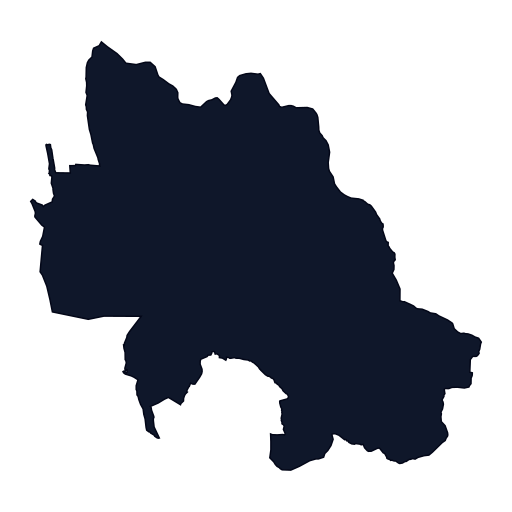 the district of Barcani, Covasna, Romania
{"feature_id": "2599482B23843789943329", "entity_name": "Barcani", "entity_type": "district", "adm_level": 2, "iso_a3": "ROU", "parent_name": "Romania", "parent_adm1": "Covasna", "projection": "albers", "projection_center": [26.11, 45.703], "detail": "fine", "context": "isolated", "style": "filled", "palette": "ink", "viewbox_px": 512, "rotation_deg": 0, "n_neighbors": 0, "source": "geoboundaries", "source_scale": "gbopen_adm2", "svg_char_len": 5988}
<svg xmlns="http://www.w3.org/2000/svg" viewBox="0 0 512 512"><path d="M145.1,418.9L146.1,427.6L146.7,430.2L149.0,431.9L150.2,432.1L150.6,433.0L154.1,435.1L154.7,436.2L157.0,437.8L158.3,438.2L159.3,438.0L154.1,427.0L153.4,421.0L153.3,418.7L153.9,417.5L153.8,416.4L151.5,410.1L151.2,407.8L150.4,406.4L158.2,403.0L164.6,399.1L168.4,397.4L180.5,404.7L180.8,403.6L183.5,401.0L183.6,398.3L184.5,395.6L185.4,394.0L187.3,392.1L186.7,391.8L187.0,390.2L189.0,386.4L189.3,386.4L190.5,383.2L192.9,384.1L194.9,384.1L199.6,377.3L201.6,373.8L202.1,371.6L202.0,369.2L200.1,364.1L200.2,361.1L200.8,359.2L207.0,356.6L207.7,355.8L207.8,355.2L210.8,355.0L211.7,353.3L211.8,352.0L213.0,351.5L214.5,351.6L215.2,354.1L217.0,353.8L219.4,355.5L219.4,357.6L222.4,358.1L225.8,360.2L226.4,358.9L226.5,357.2L228.8,357.5L229.5,358.2L230.6,358.3L234.4,357.6L236.0,358.2L239.5,358.3L243.8,359.5L248.0,360.0L249.8,361.0L250.5,360.8L251.9,361.4L252.2,362.0L254.0,362.9L258.4,366.9L259.7,369.1L260.5,369.5L260.6,370.0L265.4,374.7L267.8,376.2L269.0,376.3L270.4,377.0L271.3,378.0L272.7,378.4L273.9,379.6L275.0,382.7L276.6,383.2L277.0,384.0L278.7,385.1L279.3,385.7L279.5,386.5L282.0,388.7L283.1,390.8L286.1,393.6L287.0,393.9L287.7,394.8L288.5,396.4L288.2,397.8L287.2,398.9L279.9,400.9L279.7,401.3L279.8,403.1L280.8,407.0L281.8,408.8L281.6,410.4L282.0,411.5L281.8,412.8L282.2,413.7L281.2,418.2L281.5,419.6L281.3,420.5L282.0,422.1L282.0,423.8L283.6,424.9L284.2,426.2L283.4,429.4L285.1,433.2L285.0,434.3L284.5,434.9L282.8,434.5L277.3,434.9L272.3,434.7L270.6,434.0L270.9,441.6L270.9,449.8L269.8,457.8L273.8,461.9L275.3,464.4L277.1,466.4L279.3,467.6L280.3,468.7L282.1,469.8L290.8,470.1L299.4,466.3L309.7,460.7L316.0,458.9L318.5,458.9L323.6,457.2L324.8,453.5L327.8,450.5L331.0,445.5L333.1,439.3L331.9,434.7L332.4,433.9L335.1,433.7L338.9,435.2L344.1,439.3L344.9,439.8L345.6,439.4L346.2,439.6L346.7,440.8L348.4,441.1L348.4,441.7L348.9,442.4L351.8,443.9L354.7,444.2L355.0,443.7L355.9,443.6L360.3,444.2L361.1,444.8L363.2,444.4L364.6,447.8L367.3,450.7L368.4,451.3L371.3,451.2L377.6,448.2L379.5,448.1L383.2,452.8L384.7,453.5L386.7,457.1L386.8,458.1L387.4,458.7L390.1,459.7L390.6,460.4L391.9,460.2L394.2,461.0L395.7,461.0L398.5,463.0L399.7,463.5L402.5,463.0L404.8,461.6L406.3,461.4L409.0,459.5L410.7,459.3L412.6,458.6L415.1,459.1L418.0,457.4L424.0,455.7L428.9,455.1L432.4,452.2L442.2,442.6L445.2,440.5L446.1,438.2L447.6,436.0L447.8,434.8L447.6,432.8L445.1,425.7L441.3,421.6L440.9,416.7L441.4,413.8L440.9,412.2L442.5,409.0L443.4,404.2L443.0,402.0L442.2,400.4L442.1,399.7L443.9,396.5L443.9,395.0L444.9,393.7L444.2,389.2L445.3,388.5L448.7,388.6L451.9,387.4L457.3,387.2L464.4,388.0L468.9,387.0L469.4,385.7L471.0,383.7L471.1,378.1L472.1,375.8L472.3,374.1L472.3,372.8L469.8,372.2L470.3,359.6L472.7,356.4L475.9,356.4L476.8,356.1L478.2,354.7L479.1,353.3L478.7,351.5L479.7,349.2L480.6,343.8L481.3,342.1L478.6,338.2L475.0,337.0L471.9,335.2L468.0,333.9L465.4,333.7L463.9,333.2L460.7,333.6L457.6,331.9L454.2,328.7L452.7,323.8L452.2,323.1L447.6,320.0L438.9,315.9L435.8,313.8L430.2,312.9L428.0,311.5L422.2,309.2L417.5,308.8L416.2,308.3L413.6,306.0L411.8,305.1L404.4,301.7L402.9,301.8L399.9,300.7L400.0,289.0L396.3,280.2L392.2,273.2L393.9,269.5L394.0,265.6L393.4,262.8L393.7,261.5L395.2,259.8L394.8,257.2L394.9,254.1L394.2,252.8L392.6,251.9L389.6,248.2L389.3,247.3L388.1,245.7L388.2,242.4L386.7,241.8L385.9,240.7L382.5,230.0L382.6,227.9L383.1,227.3L383.2,226.2L383.0,224.0L381.9,223.4L380.8,221.8L380.0,220.3L379.8,219.1L376.5,214.5L375.6,212.1L371.3,206.1L369.8,204.8L367.7,204.2L364.9,201.7L362.8,200.5L362.9,200.2L358.8,198.9L351.1,198.1L347.5,196.6L344.3,194.9L340.4,192.0L336.4,186.8L334.5,183.8L333.1,176.9L329.4,171.3L328.6,168.5L328.2,162.5L329.6,152.2L328.2,144.9L326.0,140.7L323.1,137.8L322.1,135.6L319.7,132.9L318.8,130.1L318.7,126.9L317.8,117.4L316.9,114.6L316.0,113.1L312.7,109.0L307.2,107.5L296.2,107.8L293.3,106.2L291.0,105.6L288.8,105.6L281.8,107.3L279.5,106.5L278.8,104.8L269.1,93.5L263.4,78.2L260.3,73.6L258.0,74.2L251.0,73.3L245.9,73.8L239.7,75.6L237.6,77.4L235.9,82.3L231.2,91.2L232.0,95.2L231.6,97.2L230.6,99.8L227.2,104.4L225.8,105.3L224.2,105.2L219.0,99.4L217.2,97.8L215.3,98.0L211.9,99.8L208.5,100.6L206.6,101.6L200.6,107.2L195.4,106.5L188.8,104.7L182.4,104.0L179.9,102.7L178.0,99.0L177.7,97.4L177.8,92.7L176.3,89.3L172.8,86.0L168.8,83.8L163.2,79.6L159.0,77.0L157.9,75.1L155.1,66.7L150.2,62.3L145.3,62.3L136.3,64.6L125.9,63.2L122.6,59.1L117.0,53.6L107.4,46.8L101.4,41.9L99.2,45.7L93.6,48.2L92.7,50.9L92.0,57.0L88.8,60.1L87.4,62.7L86.3,67.5L86.1,77.1L85.8,78.7L86.6,82.3L86.7,85.9L86.0,92.4L87.1,95.1L87.1,96.1L85.7,104.8L86.3,106.8L86.4,109.3L87.6,111.9L87.4,115.6L89.4,129.5L90.9,134.4L92.6,143.0L93.3,144.6L94.1,148.4L97.9,157.7L98.2,159.4L99.7,164.1L99.4,165.0L99.8,166.0L90.2,165.2L88.4,164.7L84.5,165.0L75.8,164.4L75.4,165.6L69.8,165.7L70.3,173.0L55.8,172.8L54.5,169.5L54.7,168.2L53.2,159.5L52.8,159.3L52.9,158.1L51.7,149.8L50.8,147.8L50.4,144.6L49.4,144.3L47.3,144.8L46.5,144.4L46.0,144.8L46.0,145.7L47.7,153.5L49.5,163.8L48.9,168.3L48.9,169.1L49.5,170.2L49.2,173.1L48.9,173.5L49.9,174.2L49.8,175.1L50.1,175.6L51.6,175.8L51.9,177.1L51.3,183.2L53.0,188.2L53.0,189.6L53.5,193.2L54.5,196.0L52.5,199.2L52.2,201.9L44.8,205.2L43.3,206.6L42.2,205.0L36.7,203.0L35.7,202.2L35.4,201.2L32.7,199.4L30.7,201.4L32.0,203.6L35.2,211.6L35.4,213.3L34.8,216.1L35.0,217.1L41.8,225.1L44.5,227.1L42.7,236.4L40.4,241.3L39.9,243.5L39.9,244.2L42.5,245.4L40.1,271.8L42.4,275.1L46.8,286.2L50.0,299.8L52.4,311.9L88.3,319.3L104.0,316.1L141.2,316.3L129.6,331.5L127.1,335.4L126.8,337.5L124.4,343.3L124.4,345.0L123.6,344.9L124.0,348.4L125.1,352.4L125.2,359.7L125.8,360.4L126.3,362.9L124.9,368.1L125.0,369.5L125.6,370.3L126.6,369.5L127.1,369.8L126.7,370.5L127.2,371.2L127.1,372.3L126.6,372.8L124.1,371.0L123.0,371.6L123.6,372.8L125.3,374.1L131.3,375.9L134.0,377.2L138.0,379.8L136.2,385.7L136.2,389.5L136.9,391.0L137.0,394.9L138.1,396.4L138.9,399.7L140.6,404.4L143.1,408.9L143.8,414.3L145.1,418.9Z" fill="#0f172a" stroke="#020617" stroke-width="1.5"/></svg>